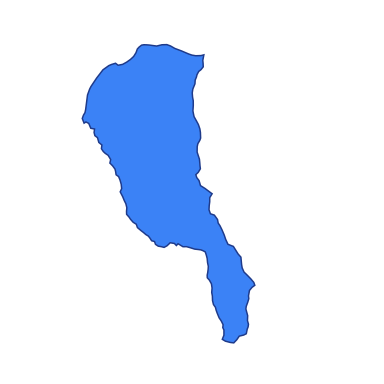 Narandiba, São Paulo, Brazil, rotated 155°
{"feature_id": "56859067B67973256184477", "entity_name": "Narandiba", "entity_type": "district", "adm_level": 2, "iso_a3": "BRA", "parent_name": "Brazil", "parent_adm1": "São Paulo", "projection": "natural_earth1", "projection_center": [-51.523, -22.525], "detail": "fine", "context": "isolated", "style": "filled", "palette": "blue", "viewbox_px": 384, "rotation_deg": 155, "n_neighbors": 0, "source": "geoboundaries", "source_scale": "gbopen_adm2", "svg_char_len": 2590}
<svg xmlns="http://www.w3.org/2000/svg" viewBox="0 0 384 384"><g transform="rotate(155 192 192)"><path d="M226.8,45.7L224.8,42.7L220.8,39.4L217.9,37.6L213.8,39.2L210.1,41.4L205.6,40.5L202.7,40.6L199.9,44.4L198.2,46.0L196.7,48.3L196.1,52.0L193.8,56.4L193.2,59.9L192.6,63.2L191.2,65.4L188.3,68.3L185.6,71.3L184.7,74.0L181.5,78.5L177.9,80.2L174.5,80.9L174.2,83.9L175.4,88.4L176.9,92.7L178.7,97.5L178.6,102.0L177.7,105.3L175.2,112.3L176.4,116.3L177.5,125.2L181.5,129.4L181.5,134.9L181.0,139.2L180.8,144.8L180.9,149.6L181.4,152.8L180.5,156.3L181.5,161.6L184.5,164.5L184.1,168.7L182.2,172.3L180.1,175.6L178.3,179.4L174.5,181.9L176.2,185.0L178.7,189.7L181.6,194.2L180.8,199.3L181.6,203.1L181.2,206.1L178.0,207.2L174.6,209.5L173.7,212.3L172.6,215.2L171.4,218.6L171.0,221.8L170.5,226.0L168.1,230.9L166.3,233.3L163.1,235.5L161.4,237.2L159.2,242.4L158.2,245.9L157.7,250.5L157.9,253.9L158.3,259.4L157.6,262.4L156.9,265.1L154.2,270.0L152.3,274.2L151.4,277.7L149.9,281.7L147.7,285.0L143.6,288.8L141.8,292.1L139.5,294.2L137.9,296.2L135.0,298.4L132.1,299.1L128.9,300.7L127.5,304.1L126.6,306.7L123.3,311.3L126.1,311.8L131.0,313.9L134.2,316.1L136.7,318.5L141.9,324.3L146.9,329.4L149.8,333.5L152.5,336.2L156.9,338.1L159.2,338.6L162.3,339.2L165.6,341.3L168.7,343.3L171.2,344.7L173.4,345.8L175.6,346.4L178.7,345.7L181.1,344.7L183.9,341.9L187.6,339.5L192.0,338.1L196.4,337.3L200.9,337.0L205.4,338.1L206.9,341.0L211.0,341.6L214.0,341.7L221.0,340.4L230.4,335.5L239.0,330.3L241.3,328.5L245.7,324.1L253.4,311.9L255.4,309.2L257.9,307.5L260.4,305.0L260.7,300.0L258.5,300.3L256.6,297.8L256.8,292.5L253.7,290.3L255.6,287.3L256.2,284.1L254.7,281.2L255.5,276.3L253.8,272.7L255.8,269.5L255.3,266.2L254.3,263.7L252.5,260.7L252.0,255.8L254.2,252.9L252.9,249.3L252.1,245.3L252.6,242.8L253.5,239.7L252.0,237.0L252.2,233.2L252.9,228.9L254.3,224.8L257.0,222.5L256.8,217.0L257.0,212.8L256.9,209.4L257.7,205.3L259.5,202.2L260.7,199.4L259.7,196.0L259.2,193.0L258.1,189.4L256.1,186.3L256.5,182.8L254.4,178.3L253.2,176.0L251.8,172.9L250.2,170.5L249.6,167.9L249.2,164.9L246.9,162.9L247.2,160.0L245.5,157.2L242.9,155.4L240.7,153.6L237.4,153.8L233.2,155.2L229.7,152.8L228.8,150.1L226.5,151.0L223.3,146.2L220.1,144.8L217.2,142.3L213.7,139.1L210.9,137.4L208.4,135.8L206.8,134.1L205.3,132.1L205.7,128.8L206.3,125.5L207.8,121.3L208.6,117.8L210.0,115.2L211.9,112.2L213.4,110.2L214.4,107.8L213.5,104.8L213.2,100.6L214.4,96.5L216.6,92.6L217.5,89.1L219.3,84.9L220.1,80.9L219.5,77.6L220.1,74.5L220.4,71.0L220.6,66.5L220.0,62.9L219.9,58.6L221.4,56.1L221.4,53.4L223.6,48.7L226.8,45.7Z" fill="#3b82f6" stroke="#1e3a8a" stroke-width="1.5"/></g></svg>